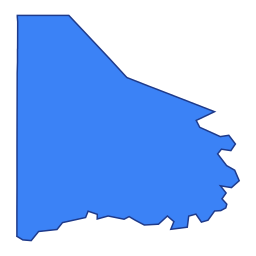 Washington, Pennsylvania, United States of America (Equal Earth projection)
{"feature_id": "52423323B65107112441077", "entity_name": "Washington", "entity_type": "district", "adm_level": 2, "iso_a3": "USA", "parent_name": "United States of America", "parent_adm1": "Pennsylvania", "projection": "equal_earth", "projection_center": [-80.184, 40.215], "detail": "fine", "context": "isolated", "style": "filled", "palette": "blue", "viewbox_px": 256, "rotation_deg": 0, "n_neighbors": 0, "source": "geoboundaries", "source_scale": "gbopen_adm2", "svg_char_len": 916}
<svg xmlns="http://www.w3.org/2000/svg" viewBox="0 0 256 256"><path d="M228.8,135.3L220.3,136.6L199.7,127.3L196.2,120.4L214.5,111.7L175.5,96.5L162.4,91.4L148.6,86.1L127.0,77.6L125.5,76.1L109.9,59.1L68.8,15.4L68.5,15.4L17.3,15.4L17.3,17.0L17.7,21.8L17.6,48.7L17.5,49.0L17.5,62.3L17.2,73.3L17.2,78.2L17.0,145.9L17.0,151.5L17.0,178.9L17.0,186.5L17.0,187.0L16.9,213.0L16.9,235.8L16.8,236.2L16.8,236.3L22.8,239.9L31.2,240.6L38.6,231.5L57.0,229.5L62.5,222.6L85.6,217.5L88.1,211.2L97.3,214.3L97.2,219.0L108.1,216.0L124.1,219.2L129.1,216.6L135.2,220.2L144.3,225.0L158.5,224.2L167.4,216.0L173.9,221.6L170.8,229.3L187.3,227.2L188.7,216.1L195.9,214.1L201.4,222.1L208.0,220.2L214.6,211.0L220.8,210.6L225.8,207.9L226.8,204.2L222.0,198.8L226.1,193.0L220.4,185.8L231.5,187.6L239.2,180.7L234.7,170.2L226.6,165.6L217.6,153.9L221.4,149.2L230.9,150.6L235.4,144.0L228.8,135.3Z" fill="#3b82f6" stroke="#1e3a8a" stroke-width="1.5"/></svg>